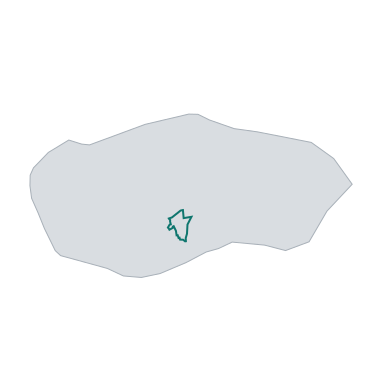 53, Ar Rayyān, Qatar (highlighted), rotated 82°
{"feature_id": "91078587B25441317691063", "entity_name": "53", "entity_type": "district", "adm_level": 2, "iso_a3": "QAT", "parent_name": "Qatar", "parent_adm1": "Ar Rayyān", "projection": "mercator", "projection_center": [51.366, 25.28], "detail": "fine", "context": "in_parent", "style": "outline", "palette": "teal", "viewbox_px": 384, "rotation_deg": 82, "n_neighbors": 0, "source": "geoboundaries", "source_scale": "gbopen_adm2", "svg_char_len": 1026}
<svg xmlns="http://www.w3.org/2000/svg" viewBox="0 0 384 384"><g transform="rotate(82 192 192)"><path d="M207.7,343.2L191.3,347.3L175.9,351.7L163.1,351.6L152.8,349.9L146.0,345.6L132.8,328.7L123.4,306.8L129.2,294.6L131.1,286.9L118.5,229.0L114.4,184.4L115.9,175.3L123.1,164.7L135.1,141.5L141.5,119.0L159.5,67.0L178.6,47.0L206.6,32.3L229.7,61.0L257.6,83.0L263.0,107.5L254.7,127.5L247.2,159.2L251.7,173.7L253.4,186.3L261.0,207.5L268.3,234.9L269.6,254.0L265.6,271.6L255.9,286.5L236.7,331.0L231.0,335.6L207.7,343.2Z" fill="#d9dde1" stroke="#a8b0b8" stroke-width="1"/><path d="M215.0,218.6L215.9,218.2L216.7,217.5L218.1,217.8L221.1,217.5L221.2,218.7L222.8,220.0L223.9,220.8L224.8,220.1L226.2,219.6L224.9,216.2L223.6,215.8L223.3,214.9L228.3,213.3L232.8,213.3L232.8,212.2L235.7,211.7L235.5,210.7L237.5,210.4L238.0,207.5L239.9,205.7L239.9,204.9L236.7,204.6L232.7,202.8L232.3,202.7L223.6,201.0L216.5,196.0L216.7,203.9L208.6,203.5L208.6,203.9L208.8,205.9L214.4,215.4L215.0,218.6Z" fill="none" stroke="#0f766e" stroke-width="2"/></g></svg>